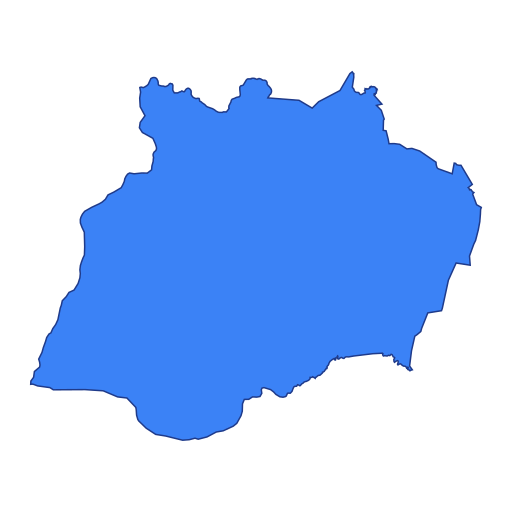 Kalinga, Kalinga, Philippines (Robinson projection)
{"feature_id": "2640588B22535822566030", "entity_name": "Kalinga", "entity_type": "district", "adm_level": 2, "iso_a3": "PHL", "parent_name": "Philippines", "parent_adm1": "Kalinga", "projection": "robinson", "projection_center": [121.313, 17.431], "detail": "fine", "context": "isolated", "style": "filled", "palette": "blue", "viewbox_px": 512, "rotation_deg": 0, "n_neighbors": 0, "source": "geoboundaries", "source_scale": "gbopen_adm2", "svg_char_len": 5904}
<svg xmlns="http://www.w3.org/2000/svg" viewBox="0 0 512 512"><path d="M30.7,384.3L32.1,384.1L33.7,384.4L37.6,385.9L49.9,387.6L53.3,389.8L85.1,389.6L103.2,390.8L117.6,396.9L126.9,398.0L135.8,407.4L136.2,409.5L136.6,415.2L137.8,419.4L138.7,420.9L146.2,428.2L155.7,434.4L165.6,436.0L182.6,440.2L189.2,439.7L195.0,438.2L198.2,439.2L207.1,436.9L216.3,432.0L223.2,430.8L233.2,426.2L236.8,423.3L241.0,415.7L242.3,411.2L242.5,403.8L244.3,399.4L248.8,399.3L252.5,396.9L256.8,397.1L260.0,396.5L261.8,393.3L261.3,389.7L262.0,388.1L264.0,387.6L270.6,389.6L273.6,391.9L275.9,394.4L279.9,396.8L283.0,397.2L285.2,396.7L286.2,396.1L287.5,393.3L288.4,393.1L290.3,393.2L292.0,391.4L293.0,388.7L293.8,387.0L294.6,386.4L296.6,386.2L297.6,384.7L298.8,385.1L299.5,385.7L300.3,385.6L301.7,383.9L303.0,383.2L303.9,382.2L305.2,381.6L306.3,381.4L308.4,380.4L309.5,379.5L310.1,378.5L310.1,377.4L311.9,377.4L312.6,376.7L315.2,378.3L315.3,377.4L316.0,377.3L318.1,375.5L320.0,375.2L322.4,373.0L322.5,372.2L322.9,372.2L324.3,371.3L325.1,369.9L325.6,369.7L326.1,368.5L326.9,368.5L327.2,367.8L326.9,367.0L327.5,365.8L328.1,365.4L328.7,364.4L328.8,363.6L330.0,361.4L332.1,359.7L334.1,358.5L334.5,358.8L334.6,359.8L335.5,360.0L335.7,359.5L335.7,358.8L335.4,358.2L335.5,358.0L337.0,357.8L337.2,357.4L337.1,356.7L337.6,355.9L337.9,356.2L337.6,358.5L338.0,359.0L338.3,359.1L339.3,358.8L339.9,358.1L341.1,357.5L341.7,357.5L343.2,358.4L344.0,358.4L345.0,357.3L346.2,356.8L348.7,356.9L353.8,356.0L372.8,353.7L382.5,353.2L382.9,353.6L382.6,354.7L383.1,355.6L383.4,356.0L383.7,356.0L384.4,355.7L387.2,356.0L388.4,355.3L389.8,355.6L391.1,354.3L392.2,354.8L393.2,356.8L394.0,357.1L394.7,357.8L393.8,359.5L394.0,361.5L394.5,362.3L396.5,360.9L397.5,360.6L398.0,360.9L398.2,361.4L398.2,362.3L397.5,364.2L397.9,364.9L398.3,364.8L398.8,364.3L400.3,363.8L401.0,364.1L401.6,364.8L403.0,365.8L403.6,366.1L405.0,366.2L405.8,366.6L406.3,367.4L406.7,368.3L407.0,368.2L407.5,367.3L408.0,367.3L408.2,367.6L408.1,368.2L407.7,369.1L407.8,369.5L409.3,370.1L409.9,370.8L410.2,370.7L410.9,370.2L412.3,369.8L409.6,366.0L411.5,350.8L414.8,336.2L417.1,334.6L420.8,331.5L421.7,328.2L427.8,312.9L441.5,310.7L442.3,308.4L448.4,280.2L456.1,263.0L470.2,265.2L469.5,256.0L473.8,244.1L475.6,240.4L478.3,229.8L479.8,221.7L480.4,214.3L480.6,209.6L481.3,207.4L476.6,204.7L472.7,194.2L472.8,193.8L473.9,192.5L472.3,191.7L471.9,190.8L471.3,190.4L471.1,189.7L470.5,189.5L469.6,189.8L469.5,189.0L469.1,188.8L468.8,188.1L468.2,187.6L472.3,184.4L461.0,165.3L458.9,165.3L456.6,164.7L455.7,163.4L454.2,163.1L452.2,173.8L438.1,168.7L437.0,167.6L436.2,164.7L436.0,162.2L419.7,151.0L411.9,148.4L406.9,148.9L399.7,144.3L394.2,143.6L389.0,143.7L388.2,139.2L386.1,130.8L383.2,130.3L383.5,120.2L384.2,119.1L381.3,110.3L376.5,105.4L381.9,104.1L374.1,95.3L374.1,94.9L374.4,94.9L374.3,94.5L374.9,94.7L375.2,94.5L375.2,94.2L374.8,93.6L375.8,93.4L376.3,93.0L376.1,92.4L376.6,91.7L376.3,90.9L376.4,90.4L376.8,90.2L376.9,89.9L377.2,89.8L376.9,89.3L377.0,89.0L376.6,88.7L376.2,89.0L375.6,88.0L375.6,87.6L374.3,86.8L373.6,86.8L373.1,86.6L372.1,86.9L371.6,86.4L371.3,86.7L370.5,86.5L370.3,86.6L370.4,87.1L370.2,87.6L369.6,87.5L369.2,88.5L368.8,88.7L367.8,89.1L366.9,88.7L366.6,89.1L365.1,88.6L365.1,88.9L365.4,89.1L364.6,90.3L364.9,90.5L365.2,92.5L365.1,93.0L363.9,93.1L361.8,94.4L360.9,94.6L360.2,94.5L359.6,93.9L359.1,93.0L358.2,92.4L356.5,92.4L355.5,92.0L354.4,91.0L354.1,90.2L353.9,89.2L352.3,87.2L353.8,77.2L353.7,74.9L353.5,74.4L353.9,73.9L353.8,73.7L353.5,73.8L353.3,73.7L353.1,73.0L352.2,71.8L349.9,73.6L340.0,90.5L318.7,101.7L312.2,108.1L299.0,100.3L267.8,97.9L268.3,96.8L269.0,96.1L269.4,95.1L270.0,94.4L270.3,94.4L270.8,93.8L271.5,91.9L271.5,90.7L271.3,89.6L270.6,88.3L268.9,86.2L268.6,86.1L267.9,85.3L267.1,83.9L267.1,82.6L266.5,81.3L266.0,80.8L264.9,80.2L262.8,80.2L262.5,79.9L262.0,79.8L260.9,79.0L259.0,78.5L258.7,78.8L257.8,78.9L257.1,79.4L255.3,78.8L255.2,78.6L254.5,78.6L254.2,78.3L252.0,78.3L251.7,78.5L251.2,78.5L251.0,78.9L247.8,78.9L247.0,79.3L246.3,80.0L243.3,85.0L242.6,85.4L240.7,85.9L240.1,86.6L239.8,87.3L239.8,89.6L240.3,94.5L240.1,95.8L239.2,96.8L236.4,97.4L234.8,98.2L232.1,99.2L231.3,100.3L230.9,102.0L228.9,105.9L228.8,107.6L229.1,108.4L227.6,110.4L226.4,111.9L223.2,111.9L222.5,112.4L219.4,112.4L218.2,112.2L216.1,111.1L214.6,109.9L212.6,108.7L207.4,106.9L206.4,106.3L204.7,104.5L202.0,102.7L201.4,102.0L199.8,101.2L199.4,99.8L199.4,99.2L199.2,98.6L199.0,98.4L197.5,98.3L196.0,98.6L194.6,98.1L193.2,97.4L191.7,95.6L191.1,94.2L191.2,91.9L191.0,90.6L190.2,89.4L189.1,88.5L188.3,88.2L187.5,88.3L186.2,89.1L185.4,90.1L184.6,91.4L184.1,91.8L182.7,91.4L181.9,90.9L180.4,91.9L179.8,91.9L177.7,92.9L174.3,92.9L172.8,90.3L172.9,85.2L172.2,83.9L171.4,83.8L170.5,83.4L170.2,83.4L169.2,84.0L168.9,84.6L168.1,85.4L166.0,86.5L164.2,86.5L163.8,86.1L161.6,86.0L158.9,85.3L158.7,85.1L158.2,84.0L158.2,82.3L157.9,81.0L156.8,78.8L155.9,78.0L154.9,77.6L153.7,77.5L152.5,77.7L150.9,78.5L148.2,84.4L146.9,85.6L144.5,87.1L143.2,87.6L141.3,87.1L140.1,87.3L139.8,87.5L140.6,92.1L139.7,98.1L140.2,106.8L145.0,115.7L140.2,122.4L139.4,127.8L142.4,132.5L152.9,138.3L155.3,143.7L156.4,147.1L156.5,148.9L155.9,150.5L154.0,152.2L153.1,154.2L153.1,155.4L153.6,157.9L153.3,158.8L153.2,161.3L151.9,166.0L151.6,169.8L147.3,173.1L141.8,173.0L134.1,173.8L129.6,173.0L127.6,174.1L126.0,176.3L124.8,178.8L124.3,181.4L122.8,184.8L121.2,187.7L113.8,192.1L108.0,194.9L105.4,199.3L102.0,202.2L99.4,203.7L91.7,207.3L84.7,211.3L82.7,213.8L82.0,215.0L80.9,217.3L80.3,219.5L80.4,223.0L81.9,227.1L84.3,232.2L84.7,246.7L84.4,255.1L83.0,258.0L81.6,261.7L80.4,265.5L79.9,269.8L80.3,273.6L79.9,277.8L78.1,283.5L74.0,290.1L69.0,292.4L66.2,296.7L62.3,300.7L61.3,305.3L60.3,308.0L57.9,319.7L55.7,324.5L52.8,328.6L50.9,332.9L49.0,334.0L46.7,337.5L45.5,341.6L43.3,347.7L42.0,352.4L38.7,359.1L39.6,362.1L40.0,365.0L39.6,367.1L34.4,371.5L33.6,377.3L30.9,381.0L30.7,384.3Z" fill="#3b82f6" stroke="#1e3a8a" stroke-width="1.5"/></svg>